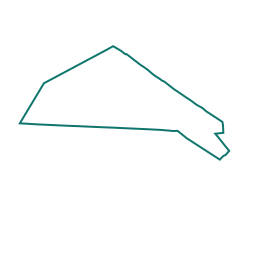 outline of Ouadane, Adrar, Mauritania, rotated 218°
{"feature_id": "47542326B44927668035814", "entity_name": "Ouadane", "entity_type": "district", "adm_level": 2, "iso_a3": "MRT", "parent_name": "Mauritania", "parent_adm1": "Adrar", "projection": "orthographic", "projection_center": [-9.881, 22.386], "detail": "fine", "context": "isolated", "style": "outline", "palette": "teal", "viewbox_px": 256, "rotation_deg": 218, "n_neighbors": 0, "source": "geoboundaries", "source_scale": "gbopen_adm2", "svg_char_len": 764}
<svg xmlns="http://www.w3.org/2000/svg" viewBox="0 0 256 256"><g transform="rotate(218 128 128)"><path d="M34.2,172.3L39.3,173.4L50.0,176.0L55.7,177.2L49.9,182.9L53.5,187.1L55.6,189.4L57.4,190.9L76.8,189.3L81.6,189.6L88.4,188.5L88.6,188.5L94.8,188.4L98.8,188.1L102.0,187.8L110.3,187.3L115.4,186.9L118.6,186.9L121.0,186.9L128.3,186.9L129.9,186.3L132.6,186.3L139.5,185.7L142.8,185.7L148.1,186.0L154.3,185.7L157.2,185.4L163.4,185.4L166.9,185.4L174.7,185.3L175.5,184.5L181.1,184.5L190.1,183.3L192.7,177.1L221.8,111.5L216.1,65.1L201.9,74.9L175.8,93.4L168.5,98.7L151.2,111.0L138.7,120.0L134.0,123.3L111.8,139.1L100.5,147.0L90.2,153.7L87.1,156.3L75.4,156.1L36.2,159.6L35.7,164.4L34.5,167.0L34.3,170.1L34.2,172.3Z" fill="none" stroke="#0f766e" stroke-width="2"/></g></svg>